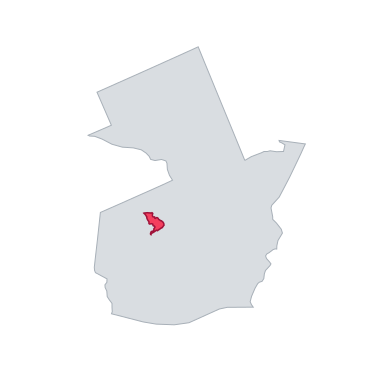 location of Chajul, Quiché, Guatemala, rotated 336°
{"feature_id": "79465075B19159342798902", "entity_name": "Chajul", "entity_type": "district", "adm_level": 2, "iso_a3": "GTM", "parent_name": "Guatemala", "parent_adm1": "Quiché", "projection": "orthographic", "projection_center": [-91.005, 15.608], "detail": "fine", "context": "in_parent", "style": "filled", "palette": "rose", "viewbox_px": 384, "rotation_deg": 336, "n_neighbors": 0, "source": "geoboundaries", "source_scale": "gbopen_adm2", "svg_char_len": 4208}
<svg xmlns="http://www.w3.org/2000/svg" viewBox="0 0 384 384"><g transform="rotate(336 192 192)"><path d="M68.9,270.5L70.5,268.9L71.9,265.1L73.6,261.2L72.6,256.8L72.0,253.1L73.9,247.8L73.8,243.9L74.7,241.4L77.5,239.9L79.0,236.8L71.0,226.4L71.1,224.0L72.1,221.1L78.6,210.0L86.4,196.8L94.9,182.2L100.0,173.4L118.5,173.5L130.8,173.5L146.4,173.5L163.3,173.5L174.4,173.4L179.0,173.3L178.2,167.6L178.7,161.3L180.8,155.6L180.8,153.0L177.4,149.9L171.0,148.2L167.5,145.4L167.4,142.0L165.9,137.8L162.8,132.8L156.3,127.8L146.6,122.7L138.3,115.8L131.4,107.1L125.7,101.5L121.2,99.2L120.2,97.9L133.2,98.1L145.5,98.2L145.6,85.7L145.7,74.7L145.8,62.2L168.0,62.2L194.6,62.2L222.2,62.1L243.9,62.0L256.7,61.9L256.2,77.3L255.7,95.2L255.3,108.4L254.8,126.0L254.3,143.9L253.6,168.4L253.1,184.3L253.4,184.6L260.7,183.8L271.5,184.4L274.2,184.3L277.5,185.7L280.1,186.1L285.6,189.6L292.1,192.2L296.1,186.7L293.9,183.5L292.3,181.8L292.5,180.3L315.1,194.2L312.5,196.4L306.8,201.5L296.6,210.2L287.4,218.0L278.5,225.1L270.5,231.4L269.6,232.1L259.4,236.6L257.7,238.7L255.6,247.6L254.6,249.8L256.5,254.7L258.4,262.3L257.9,266.3L250.8,271.3L247.6,275.7L246.2,278.6L244.9,277.8L242.7,277.6L237.6,278.8L235.2,279.0L233.2,280.3L233.0,283.1L234.4,287.5L234.9,289.8L233.4,290.9L227.2,293.6L224.8,296.2L222.4,300.3L219.7,302.1L216.8,301.8L214.8,302.4L210.5,305.5L204.0,311.5L200.5,315.9L200.5,319.2L201.1,322.1L177.3,311.7L169.4,310.0L136.1,310.2L121.8,306.1L105.5,298.1L94.5,290.8L68.9,270.5Z" fill="#d9dde1" stroke="#a8b0b8" stroke-width="1"/><path d="M147.0,194.6L145.9,194.7L145.3,194.0L145.1,193.9L144.6,193.8L144.3,193.7L144.1,193.5L143.9,193.4L143.7,193.3L143.4,193.1L142.9,192.8L141.7,192.4L141.3,192.3L140.8,192.1L139.5,191.7L139.4,191.7L139.5,192.0L139.7,192.5L139.9,192.8L140.0,193.1L140.0,193.3L140.1,193.6L140.2,193.9L140.3,194.3L140.4,194.7L140.4,195.3L140.4,195.6L140.5,195.9L140.6,196.1L140.5,196.3L140.5,196.5L140.4,196.7L140.3,197.0L140.2,197.2L140.2,197.6L140.1,197.8L140.1,198.3L140.1,198.6L140.1,199.1L140.2,200.0L140.3,200.3L140.3,200.5L140.5,201.3L140.5,201.5L140.5,201.9L140.3,202.3L140.2,202.5L140.0,202.8L139.9,203.4L140.0,203.7L140.1,203.9L140.2,204.0L140.7,204.2L141.1,204.2L141.4,204.3L141.6,204.4L142.2,204.5L142.4,204.7L142.4,204.8L142.7,205.1L143.0,205.2L143.1,205.3L143.1,205.6L142.9,206.1L142.8,206.6L142.8,207.0L143.1,207.4L143.4,207.5L143.7,207.7L143.8,208.0L143.9,208.4L143.9,208.8L143.9,209.0L143.6,209.2L143.5,209.3L143.4,209.4L143.0,209.7L142.7,209.8L142.3,210.1L142.2,210.2L142.0,210.3L141.9,211.0L141.7,211.3L141.5,211.5L141.4,211.6L141.2,211.6L140.9,211.7L140.7,211.7L140.6,211.8L140.3,211.8L139.8,211.8L139.3,211.6L139.0,211.6L138.7,211.6L138.4,211.8L138.2,212.0L137.8,212.4L137.6,212.7L137.5,212.9L137.3,212.9L137.2,213.1L137.0,213.5L137.0,213.8L137.1,214.1L137.2,214.3L137.3,214.2L137.6,213.6L137.8,213.5L138.1,213.3L138.4,213.3L139.3,213.3L139.4,213.2L140.0,213.2L140.4,213.2L140.6,213.1L141.1,213.1L141.4,213.0L142.0,212.9L142.5,212.8L142.7,212.7L143.9,212.4L144.0,212.5L144.2,212.8L144.4,213.1L144.6,213.3L144.9,213.3L145.1,213.2L145.3,213.0L145.5,213.0L145.9,213.0L146.1,213.1L146.3,212.9L146.5,212.8L146.9,212.8L147.2,212.8L147.7,212.8L148.4,212.5L148.6,212.4L148.8,212.5L149.2,212.5L149.5,212.5L149.8,212.5L149.9,212.4L150.0,212.3L150.4,212.4L150.5,212.4L150.9,212.0L151.0,212.0L151.3,211.9L151.5,211.7L151.8,211.6L152.2,211.3L152.5,211.1L152.8,211.0L153.0,210.9L153.1,210.2L153.2,209.9L153.3,209.5L153.4,209.3L153.4,208.8L153.3,208.7L153.3,208.3L153.3,208.2L153.2,207.8L153.2,207.5L153.1,207.3L152.9,207.1L152.8,206.8L152.7,206.6L152.6,206.4L152.5,206.1L152.4,206.1L152.3,205.9L152.2,205.8L151.9,205.5L151.5,205.3L151.4,205.1L151.2,204.7L151.2,204.4L151.1,204.2L150.9,204.0L150.7,203.9L150.5,203.7L150.4,203.3L150.4,202.4L150.3,202.1L150.2,201.9L150.0,201.7L149.9,201.5L149.7,201.2L149.3,201.0L149.0,201.0L148.6,201.1L147.9,201.2L147.7,201.2L147.4,201.0L147.4,200.8L147.7,199.9L147.7,199.6L147.5,199.4L147.4,199.4L147.2,199.3L146.9,199.2L146.6,199.1L146.4,198.9L146.2,198.7L146.1,198.0L146.2,197.7L146.4,197.0L146.5,196.9L146.6,196.7L146.8,196.4L147.2,195.9L147.4,195.7L147.4,195.4L147.3,195.2L147.2,195.0L147.2,194.9L147.0,194.6Z" fill="#f43f5e" stroke="#9f1239" stroke-width="1.5"/></g></svg>